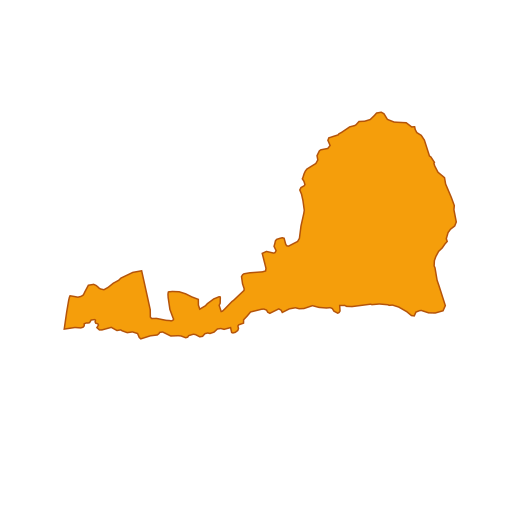 the district of Pasaco, Jutiapa, Guatemala, rotated 74°
{"feature_id": "79465075B50334197995085", "entity_name": "Pasaco", "entity_type": "district", "adm_level": 2, "iso_a3": "GTM", "parent_name": "Guatemala", "parent_adm1": "Jutiapa", "projection": "robinson", "projection_center": [-90.222, 13.895], "detail": "fine", "context": "isolated", "style": "filled", "palette": "amber", "viewbox_px": 512, "rotation_deg": 74, "n_neighbors": 0, "source": "geoboundaries", "source_scale": "gbopen_adm2", "svg_char_len": 3417}
<svg xmlns="http://www.w3.org/2000/svg" viewBox="0 0 512 512"><g transform="rotate(74 256 256)"><path d="M243.0,445.7L244.2,446.7L246.6,448.1L257.6,453.4L273.4,460.5L274.8,449.8L276.8,444.3L276.8,441.9L275.8,440.4L273.8,439.8L273.6,437.4L274.1,436.1L274.2,434.4L272.1,432.1L272.6,428.8L273.3,428.0L274.1,428.2L274.9,428.8L276.4,428.6L276.8,427.9L277.3,427.1L278.0,426.6L279.0,426.5L281.0,428.7L283.9,426.9L284.6,424.4L284.7,414.8L289.3,410.2L289.7,406.5L291.0,405.3L294.2,400.9L294.9,395.7L297.9,391.2L302.1,390.7L303.9,389.6L303.6,379.5L304.7,372.7L303.8,370.6L302.9,369.6L303.3,366.7L309.4,360.0L311.2,352.6L312.2,350.1L315.2,346.1L315.2,344.1L314.0,342.7L313.9,337.9L314.8,335.9L318.2,332.3L318.5,329.5L316.6,326.5L316.7,323.6L317.8,321.6L317.6,317.3L315.5,313.2L316.0,309.8L317.7,306.9L317.8,300.2L322.8,300.5L323.6,299.4L323.7,297.0L322.6,294.1L320.8,292.8L318.3,292.7L317.4,291.6L317.1,286.5L313.9,285.5L311.3,281.1L308.3,276.7L308.7,265.3L309.2,263.0L310.9,260.8L313.3,260.2L314.9,258.5L313.1,248.7L315.0,246.8L317.5,246.3L316.0,238.5L316.6,232.4L318.6,229.0L319.7,224.4L319.3,215.4L322.8,209.6L325.4,202.6L326.1,198.9L327.6,197.1L330.5,196.3L333.5,193.2L333.2,191.7L332.0,190.4L326.6,189.2L328.0,184.3L329.4,182.8L331.1,177.6L333.9,159.1L334.7,158.0L336.1,150.7L339.2,142.7L340.1,141.6L340.8,138.3L344.4,132.9L351.1,126.4L356.1,123.0L357.2,120.4L354.0,117.7L353.6,113.9L353.9,112.1L358.2,105.8L360.2,99.4L360.2,91.3L355.9,87.7L335.4,88.3L329.1,88.6L316.7,87.2L314.6,87.5L309.6,85.8L306.1,83.3L301.9,79.2L299.6,74.8L296.4,70.9L294.7,68.2L291.8,68.3L286.4,64.9L283.9,61.7L281.9,56.7L278.5,54.1L266.1,53.0L262.2,51.5L253.6,52.1L239.1,53.9L232.7,53.2L225.6,58.0L218.6,59.4L215.8,59.4L215.2,58.7L209.0,60.6L207.7,61.7L191.0,62.2L185.6,63.9L181.7,67.4L178.4,68.1L175.5,67.9L174.8,70.8L169.3,74.9L165.4,86.2L161.5,91.3L160.7,92.1L154.5,93.8L152.3,96.0L151.8,100.7L153.6,103.5L156.3,108.6L156.4,114.4L155.1,119.9L156.5,122.2L157.4,123.6L157.8,125.0L157.8,126.9L157.7,130.3L160.8,139.8L161.4,142.6L162.2,143.7L162.5,153.4L164.6,155.0L170.2,154.3L172.4,157.3L171.8,164.4L172.4,166.1L175.4,168.8L176.4,169.7L180.7,170.1L183.6,173.0L186.4,183.0L188.0,185.2L190.2,187.1L193.7,189.4L194.6,190.2L197.5,189.3L200.9,189.3L201.8,190.4L202.6,193.9L204.6,195.7L209.2,195.2L215.7,195.6L225.4,197.0L228.2,198.3L239.6,204.5L251.0,209.4L253.5,212.0L255.5,222.1L254.7,223.6L253.0,224.2L246.7,224.1L245.7,225.7L245.6,228.1L245.7,231.5L246.7,233.1L249.1,234.4L251.7,236.0L256.4,235.2L258.0,236.8L258.1,238.2L254.5,244.7L255.2,249.3L270.6,249.8L273.0,250.9L273.0,254.3L270.4,266.7L269.8,272.5L270.3,274.0L271.8,275.6L279.0,276.6L284.2,276.4L285.8,277.0L292.5,289.9L293.1,291.6L298.3,300.6L299.2,302.3L299.8,303.5L299.8,304.8L293.2,305.0L291.6,303.5L286.3,301.8L285.3,301.8L285.0,302.8L285.6,308.4L288.4,315.9L289.9,318.3L291.6,324.7L287.3,324.9L281.8,323.4L277.6,329.0L273.0,334.0L269.2,339.7L267.0,346.3L266.8,347.7L266.5,349.0L266.4,350.1L267.4,350.7L268.7,351.2L271.8,351.9L283.7,353.5L292.8,352.8L293.6,352.6L294.5,352.9L295.0,354.3L295.0,355.5L294.3,356.7L293.1,360.1L288.6,368.8L287.3,373.6L285.6,374.4L278.6,372.5L264.8,371.6L238.7,370.0L237.8,378.9L240.0,391.9L241.5,394.7L242.8,400.6L245.4,406.8L246.5,411.5L244.8,414.6L243.5,415.8L242.0,416.6L240.2,417.9L238.5,419.9L237.9,425.2L243.7,430.8L244.8,431.7L246.0,433.0L246.6,435.3L246.5,438.6L245.0,441.5L243.0,445.7Z" fill="#f59e0b" stroke="#b45309" stroke-width="1.5"/></g></svg>